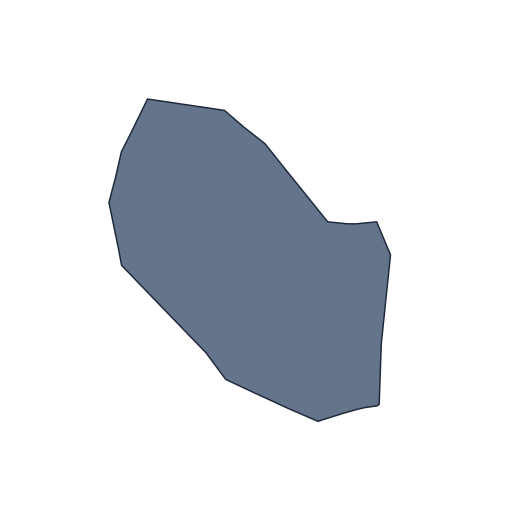 outline of Herlen, Dornod, Mongolia, rotated 241°
{"feature_id": "93677404B55540968795469", "entity_name": "Herlen", "entity_type": "district", "adm_level": 2, "iso_a3": "MNG", "parent_name": "Mongolia", "parent_adm1": "Dornod", "projection": "natural_earth1", "projection_center": [114.567, 48.063], "detail": "fine", "context": "isolated", "style": "filled", "palette": "slate", "viewbox_px": 512, "rotation_deg": 241, "n_neighbors": 0, "source": "geoboundaries", "source_scale": "gbopen_adm2", "svg_char_len": 631}
<svg xmlns="http://www.w3.org/2000/svg" viewBox="0 0 512 512"><g transform="rotate(241 256 256)"><path d="M66.1,289.7L66.7,291.9L118.3,322.9L191.8,374.2L227.4,378.1L235.6,359.1L240.2,351.0L251.1,335.3L290.0,328.5L321.8,323.0L349.8,318.3L374.7,307.8L381.8,305.2L398.6,299.0L408.7,285.9L423.8,266.1L445.9,237.2L425.8,208.5L419.3,199.0L412.5,188.9L393.1,171.5L374.1,153.3L328.9,139.2L313.0,133.9L264.3,146.9L224.9,157.5L217.6,159.4L213.0,160.7L195.8,165.3L162.7,169.7L153.3,176.5L137.5,187.9L106.2,210.9L87.2,225.5L81.4,230.0L76.4,254.8L72.9,269.8L70.8,277.2L66.1,289.7Z" fill="#64748b" stroke="#1e293b" stroke-width="1.5"/></g></svg>